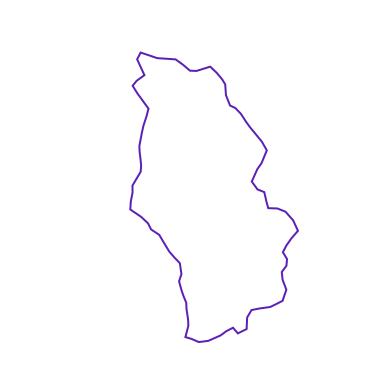 Lefkonoiko, Cyprus (orthographic projection), rotated 144°
{"feature_id": "46923920B58626774901810", "entity_name": "Lefkonoiko", "entity_type": "district", "adm_level": 2, "iso_a3": "CYP", "parent_name": "Cyprus", "parent_adm1": "", "projection": "orthographic", "projection_center": [33.737, 35.264], "detail": "fine", "context": "isolated", "style": "outline", "palette": "violet", "viewbox_px": 384, "rotation_deg": 144, "n_neighbors": 0, "source": "geoboundaries", "source_scale": "gbopen_adm2", "svg_char_len": 1243}
<svg xmlns="http://www.w3.org/2000/svg" viewBox="0 0 384 384"><g transform="rotate(144 192 192)"><path d="M282.6,78.5L278.7,73.4L274.7,66.6L266.3,62.0L253.3,59.2L245.9,59.2L238.6,58.1L238.0,50.7L228.4,49.0L221.1,58.1L213.2,61.5L205.9,58.1L196.3,53.0L190.1,51.9L182.7,50.7L173.1,57.5L170.3,67.7L166.4,74.5L159.0,76.8L154.5,81.9L153.9,89.8L147.2,93.2L138.7,96.1L129.1,98.3L126.8,109.7L127.4,115.4L127.9,121.0L132.5,128.4L139.8,134.1L137.5,140.3L133.6,149.4L137.5,155.6L137.5,165.3L125.7,172.1L118.9,174.4L107.0,181.7L106.3,188.0L105.9,191.4L106.5,202.2L107.0,210.1L107.0,216.9L106.5,226.6L107.6,234.5L110.4,239.6L107.6,250.4L101.9,259.5L101.4,265.1L101.9,273.7L103.6,282.7L117.2,287.3L122.3,291.3L124.5,300.3L127.3,308.9L141.5,320.8L151.6,335.0L158.4,331.6L161.8,314.5L171.4,314.5L177.6,312.8L178.2,304.3L178.2,291.3L178.2,285.0L184.4,279.9L192.3,274.2L197.4,269.7L207.6,260.1L211.0,254.9L214.4,248.7L217.8,243.0L221.7,238.5L228.5,235.6L236.4,232.2L240.3,226.6L247.1,220.3L252.2,214.1L247.7,201.6L246.0,192.5L247.1,185.7L243.7,176.6L244.8,164.7L245.4,157.3L244.8,150.0L243.7,141.5L248.8,131.8L255.0,127.3L258.4,118.2L260.1,112.5L261.8,105.7L265.2,100.6L270.2,91.0L273.6,85.9L282.6,78.5Z" fill="none" stroke="#5b21b6" stroke-width="2"/></g></svg>